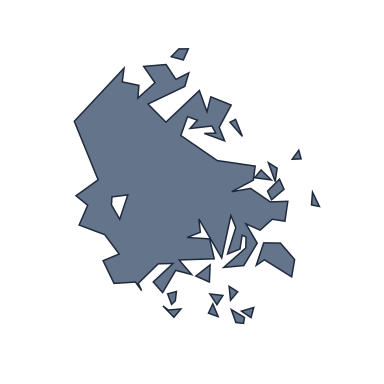 South Jeolla, Albers equal-area conic projection, rotated 253°
{"feature_id": "KOR-2506", "entity_name": "South Jeolla", "entity_type": "Metropolitan City", "adm_level": 1, "iso_a3": "KOR", "parent_name": "South Korea", "parent_adm1": "", "projection": "albers", "projection_center": [126.652, 34.734], "detail": "medium", "context": "isolated", "style": "filled", "palette": "slate", "viewbox_px": 384, "rotation_deg": 253, "n_neighbors": 0, "source": "natural_earth", "source_scale": "10m", "svg_char_len": 1940}
<svg xmlns="http://www.w3.org/2000/svg" viewBox="0 0 384 384"><g transform="rotate(253 192 192)"><path d="M330.3,163.2L317.7,157.5L309.5,172.4L297.6,167.7L307.3,188.5L326.2,182.5L321.5,204.5L304.4,209.5L306.9,223.8L295.1,216.0L289.0,175.6L266.4,187.5L286.9,228.7L264.3,229.8L277.5,237.8L263.7,254.9L245.9,236.9L231.4,238.1L244.4,220.9L241.4,231.9L249.3,230.3L253.3,208.7L259.1,218.1L265.4,209.8L249.3,197.8L214.7,225.3L198.3,260.0L185.4,254.1L180.7,230.1L178.3,249.1L159.6,264.0L155.1,280.9L136.9,272.3L142.5,260.8L135.6,246.0L145.8,234.2L124.0,239.4L106.5,220.0L110.6,200.3L122.8,227.1L133.1,230.5L136.0,227.3L123.4,221.2L122.3,207.8L145.2,223.5L158.1,222.3L120.2,201.1L164.2,190.7L151.1,188.2L149.9,174.1L142.0,195.2L121.6,193.7L130.8,159.8L113.2,167.5L121.8,153.5L104.4,134.5L117.3,128.6L129.2,153.0L133.2,138.7L120.4,113.9L112.4,115.0L122.4,111.6L127.4,90.7L152.3,86.9L154.0,104.2L176.7,96.1L193.4,74.4L209.8,88.4L222.3,80.0L231.1,105.8L294.0,100.1L330.3,163.2ZM210.7,114.0L203.2,111.2L187.1,114.9L208.0,129.8L210.7,114.0ZM122.4,245.7L117.3,261.6L97.4,270.4L81.7,262.5L106.0,241.4L103.1,232.0L122.4,245.7ZM178.7,279.4L167.7,280.8L161.3,265.8L170.8,264.5L178.7,279.4ZM230.5,256.4L247.6,248.7L248.7,254.9L230.5,256.4ZM327.5,211.7L332.7,221.2L330.0,230.3L320.8,222.3L327.5,211.7ZM83.4,147.2L77.5,138.1L91.5,130.9L86.0,134.9L83.4,147.2ZM110.5,171.1L117.0,188.0L100.8,182.3L110.5,171.1ZM180.4,271.3L187.3,256.1L192.9,264.5L180.4,271.3ZM68.1,195.2L56.7,205.5L51.3,202.9L54.3,195.8L68.1,195.2ZM71.3,172.3L78.9,179.2L65.2,180.6L71.3,172.3ZM90.9,199.9L83.2,206.5L77.2,197.2L90.9,199.9ZM63.6,204.5L63.5,217.3L54.6,211.7L63.6,204.5ZM84.0,191.3L76.9,182.9L89.3,179.3L84.0,191.3ZM101.4,148.0L92.8,144.2L90.5,139.6L101.7,138.9L101.4,148.0ZM197.7,273.6L189.9,280.4L177.7,274.6L197.7,273.6ZM194.0,297.4L200.7,306.3L191.8,306.0L194.0,297.4ZM144.7,302.5L156.6,307.2L140.9,309.6L144.7,302.5Z" fill="#64748b" stroke="#1e293b" stroke-width="1.5"/></g></svg>